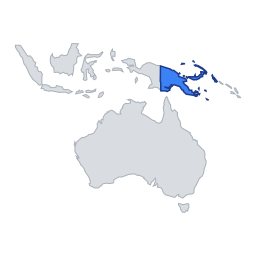 Papua New Guinea and the surrounding countries
{"feature_id": "PNG", "entity_name": "Papua New Guinea", "entity_type": "country or territory", "adm_level": 0, "iso_a3": "PNG", "parent_name": "Oceania", "parent_adm1": "", "projection": "orthographic", "projection_center": [148.76, -6.492], "detail": "medium", "context": "with_neighbors", "style": "filled", "palette": "blue", "viewbox_px": 256, "rotation_deg": 0, "n_neighbors": 3, "source": "natural_earth", "source_scale": "50m", "svg_char_len": 6761}
<svg xmlns="http://www.w3.org/2000/svg" viewBox="0 0 256 256"><path d="M160.6,65.9L161.1,90.8L157.7,87.7L153.9,87.0L153.0,88.1L148.3,88.3L149.8,85.2L152.1,84.1L151.0,80.0L149.2,76.8L141.9,73.7L138.9,73.5L133.3,70.1L132.2,72.0L130.8,72.4L130.0,71.0L129.9,69.4L127.1,67.6L131.0,66.1L133.7,66.1L133.3,65.1L128.0,65.3L126.5,63.1L123.2,62.5L121.7,60.6L126.6,59.5L128.5,58.3L134.4,59.6L136.0,67.1L139.9,69.3L142.9,65.2L147.2,62.8L150.5,62.7L156.5,65.3L160.6,65.9ZM103.0,91.8L103.5,93.6L101.5,96.6L98.6,97.6L98.2,97.2L99.7,93.4L103.0,91.8ZM135.6,82.9L135.1,80.0L136.5,77.3L137.4,78.4L137.4,80.2L135.6,82.9ZM78.3,43.7L76.3,47.3L78.6,50.7L78.0,52.4L81.6,55.7L77.7,56.4L76.6,59.0L76.8,62.5L73.7,65.3L73.7,69.1L72.6,75.0L72.1,73.7L68.6,75.6L67.2,73.4L65.0,73.4L63.4,72.3L59.8,73.9L58.6,72.2L54.2,72.4L53.6,67.3L52.1,66.4L50.6,63.3L50.2,60.0L50.6,56.5L52.4,53.8L52.8,56.3L54.9,58.2L56.8,57.3L58.7,57.4L60.5,55.3L62.0,54.9L65.0,55.7L67.5,54.7L69.3,49.3L70.5,47.9L71.8,43.6L78.3,43.7ZM117.6,67.9L121.6,68.8L123.0,71.7L119.9,70.2L112.4,70.4L113.2,68.2L117.6,67.9ZM108.8,72.0L106.4,71.4L105.6,69.8L109.2,69.5L110.1,70.7L108.8,72.0ZM112.5,49.2L112.7,51.3L114.8,51.5L115.1,53.1L114.9,56.4L113.1,56.1L112.5,58.4L114.0,60.4L113.0,60.8L111.6,58.5L110.5,53.7L111.3,50.7L112.5,49.2ZM90.6,54.7L98.9,54.6L102.3,51.7L102.9,52.5L100.1,56.4L97.5,57.3L94.2,56.7L85.6,58.0L85.1,60.9L88.1,64.0L89.9,62.2L96.3,60.6L96.0,62.3L94.5,61.9L93.1,64.2L90.1,65.8L93.4,70.5L92.8,71.8L96.0,76.1L96.1,78.6L94.3,79.8L92.9,78.5L94.5,75.3L91.2,77.0L90.3,76.0L90.7,74.5L88.2,72.4L88.3,68.7L86.1,70.0L86.9,79.8L84.8,80.5L83.3,79.5L84.1,75.9L83.5,72.3L82.1,72.3L81.0,69.8L82.3,67.2L84.4,58.3L85.1,56.7L88.0,53.8L90.6,54.7ZM87.6,97.8L83.0,95.4L86.0,94.5L89.1,96.6L89.0,97.7L87.6,97.8ZM90.6,91.1L92.8,90.7L95.8,89.1L95.4,91.2L90.4,92.6L86.0,92.4L85.8,91.0L88.4,90.1L90.6,91.1ZM80.4,91.1L82.4,90.6L83.3,92.2L75.7,93.9L76.6,91.7L78.4,91.5L79.1,90.1L80.4,91.1ZM49.8,86.1L50.2,87.4L55.9,87.3L56.4,85.6L62.2,87.0L63.5,89.4L68.2,89.7L72.2,91.7L68.7,93.4L65.2,92.1L59.3,92.4L50.7,90.7L49.6,91.3L44.3,90.2L43.6,88.6L41.1,88.6L42.7,84.8L46.1,84.7L49.8,86.1ZM37.3,67.0L37.8,69.6L38.8,71.6L40.8,71.7L42.3,74.0L41.8,78.8L42.0,84.7L39.0,85.1L36.5,82.2L32.9,79.5L29.6,74.4L26.2,66.7L24.0,63.8L22.4,57.8L20.3,55.7L19.2,52.7L17.6,50.8L15.4,47.1L15.4,45.2L20.4,45.3L27.6,56.1L30.2,55.9L32.3,58.2L33.8,61.2L35.8,62.7L34.8,65.9L36.3,67.0L37.3,67.0Z" fill="#d9dde1" stroke="#a8b0b8" stroke-width="1"/><path d="M239.7,96.4L240.6,97.7L238.1,97.6L236.8,95.3L239.7,96.4ZM238.2,93.0L237.6,93.7L235.0,90.3L234.3,88.0L235.6,88.1L238.2,93.0ZM235.1,94.0L231.5,93.6L230.7,93.0L231.0,91.5L233.4,92.1L235.1,94.0ZM230.9,86.8L231.9,88.8L225.6,84.4L226.2,84.0L230.9,86.8ZM219.4,81.2L223.1,84.1L222.4,84.3L220.7,83.4L219.2,81.8L219.4,81.2Z" fill="#d9dde1" stroke="#a8b0b8" stroke-width="1"/><path d="M187.0,203.7L188.7,203.9L188.9,207.6L188.0,208.7L187.7,211.1L186.7,210.3L184.8,212.4L182.6,212.2L180.7,209.6L180.3,207.5L178.5,204.8L178.5,203.4L183.2,204.7L187.0,203.7ZM119.0,176.9L113.9,179.8L113.8,181.6L113.1,183.0L109.0,183.6L106.4,183.1L102.6,183.9L101.5,185.8L100.7,185.7L98.7,187.8L94.9,188.0L89.7,185.5L89.1,183.6L90.3,183.0L90.5,182.3L89.5,178.7L88.6,176.7L85.0,171.4L84.5,169.4L82.3,166.2L80.7,164.9L79.6,162.2L76.4,158.0L78.0,159.4L76.2,156.2L77.9,157.1L79.1,158.5L78.5,156.6L74.9,151.8L75.0,146.9L74.2,144.8L74.8,142.1L75.7,144.9L76.3,142.3L81.6,137.7L83.0,137.3L83.9,137.7L87.8,135.6L88.9,134.4L90.7,134.4L93.8,133.1L97.4,127.3L97.2,123.8L99.0,120.5L100.8,123.6L102.1,122.8L100.7,121.1L101.6,119.3L103.1,120.0L103.2,117.1L105.5,113.6L107.1,112.9L107.1,111.9L108.6,112.2L108.6,111.3L111.7,110.1L114.4,111.7L116.5,113.9L120.9,114.1L120.0,112.0L121.4,108.9L122.9,107.9L122.3,107.0L123.7,104.7L125.7,103.3L127.6,103.7L130.5,102.9L130.4,101.0L127.7,99.8L129.5,99.2L132.0,100.0L134.0,101.5L137.1,102.4L138.1,102.0L140.4,103.1L142.4,102.0L143.8,102.3L144.6,101.5L146.4,103.4L144.2,107.0L143.0,107.1L143.5,108.6L141.3,112.4L141.7,113.5L147.5,116.6L152.1,120.0L155.0,120.9L155.7,122.1L159.1,123.3L161.5,122.0L162.8,118.3L164.1,113.2L163.3,108.1L163.7,105.3L164.4,104.5L163.8,103.2L165.4,98.0L166.7,96.6L167.8,98.4L168.1,100.8L169.0,101.3L169.2,102.9L170.6,104.8L170.8,108.3L172.2,111.2L174.6,109.8L177.6,112.8L177.2,114.5L178.1,117.7L178.7,119.6L179.6,120.1L180.6,123.3L180.3,125.2L181.5,127.7L190.4,133.0L189.9,133.9L191.9,136.2L193.3,140.2L194.7,139.4L196.1,141.0L197.0,140.4L197.5,144.3L204.2,150.9L205.0,153.8L204.7,158.1L206.2,161.1L205.9,164.2L204.2,168.9L203.5,173.4L201.9,176.5L199.5,178.2L196.1,185.4L194.9,187.0L194.1,189.5L193.8,192.8L192.1,194.0L188.7,194.1L185.9,195.4L182.8,198.1L178.5,196.1L178.8,194.4L177.2,195.0L174.8,197.4L165.7,194.9L163.6,193.0L161.9,188.8L160.3,187.5L157.3,187.2L158.1,185.5L157.0,183.1L155.8,185.4L153.2,186.1L154.5,184.2L154.8,182.3L155.8,180.6L155.2,178.1L153.0,181.0L151.3,182.2L150.5,184.9L147.9,183.6L147.7,181.8L143.6,178.2L144.0,177.4L139.7,175.4L137.5,175.4L134.3,173.8L128.8,174.4L121.9,177.0L119.0,176.9Z" fill="#d9dde1" stroke="#a8b0b8" stroke-width="1"/><path d="M160.8,90.8L160.7,82.3L160.3,81.7L160.5,66.0L170.1,69.0L172.2,70.4L173.8,70.4L178.7,74.2L178.6,76.4L185.5,78.9L186.4,79.9L186.6,81.2L183.2,81.9L184.1,83.9L187.7,86.7L189.4,90.3L191.7,90.2L191.9,92.0L194.8,92.7L193.8,93.2L194.2,94.0L197.9,94.8L196.4,95.1L197.1,95.9L195.9,96.4L193.8,95.3L186.3,94.2L183.5,91.6L183.3,90.3L182.0,89.9L179.8,86.6L174.0,84.7L172.6,85.4L170.8,84.3L171.9,86.2L170.3,86.4L170.7,87.2L166.6,87.7L165.9,87.1L165.4,87.2L166.4,87.8L168.8,88.2L169.8,90.1L167.1,91.5L165.5,90.9L160.8,90.8ZM200.8,71.8L202.8,71.9L203.9,72.4L203.7,74.2L202.3,75.2L202.6,76.6L200.5,77.0L199.4,78.4L196.5,79.7L193.4,79.8L188.5,77.4L188.8,76.7L194.1,76.9L195.1,74.9L195.5,76.9L198.2,76.6L199.8,74.7L201.1,74.4L200.8,71.8ZM217.2,81.5L216.3,82.1L214.9,81.6L214.4,80.0L212.8,78.5L212.7,76.7L214.0,77.4L217.2,81.5ZM206.0,74.0L205.2,73.5L204.9,71.6L203.4,69.5L197.6,66.3L197.9,65.6L202.5,68.2L206.2,71.5L206.7,72.5L206.0,74.0ZM182.0,63.4L185.0,63.7L181.6,64.2L182.0,63.4ZM196.7,91.4L197.7,91.7L198.1,92.7L196.4,92.5L196.7,91.4ZM196.4,66.0L195.4,66.0L194.6,65.2L195.6,64.9L196.4,65.2L196.4,66.0ZM198.8,94.0L199.6,93.8L199.3,94.7L198.3,94.3L197.6,92.8L198.8,94.0ZM204.2,90.2L205.8,90.4L205.9,91.0L204.2,90.2ZM206.6,99.0L208.7,100.0L206.9,99.7L206.6,99.0ZM187.3,78.0L186.3,77.3L186.4,76.7L187.4,77.2L187.3,78.0ZM196.0,92.0L195.1,91.5L195.5,90.9L195.9,91.1L196.0,92.0ZM212.4,76.6L212.0,75.4L212.3,75.0L212.7,75.8L212.4,76.6ZM184.0,76.5L183.4,76.0L183.9,75.6L184.2,75.8L184.0,76.5ZM193.9,61.7L193.1,61.4L193.2,61.0L193.7,61.3L193.9,61.7ZM179.8,73.5L179.1,73.6L179.6,73.1L179.8,73.5ZM198.9,89.1L198.5,88.3L198.9,87.9L199.0,88.5L198.9,89.1ZM170.0,88.4L170.7,89.0L169.1,88.0L170.0,88.4Z" fill="#3b82f6" stroke="#1e3a8a" stroke-width="1.5"/></svg>